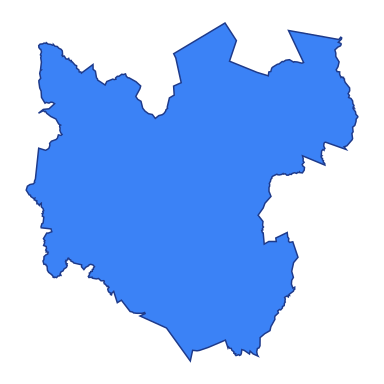 the district of Hidalgo del Parral, Chihuahua, Mexico
{"feature_id": "50627088B29513043306551", "entity_name": "Hidalgo del Parral", "entity_type": "district", "adm_level": 2, "iso_a3": "MEX", "parent_name": "Mexico", "parent_adm1": "Chihuahua", "projection": "robinson", "projection_center": [-105.698, 27.115], "detail": "fine", "context": "isolated", "style": "filled", "palette": "blue", "viewbox_px": 384, "rotation_deg": 0, "n_neighbors": 0, "source": "geoboundaries", "source_scale": "gbopen_adm2", "svg_char_len": 5770}
<svg xmlns="http://www.w3.org/2000/svg" viewBox="0 0 384 384"><path d="M340.8,37.2L338.8,39.5L288.5,30.5L303.6,62.5L301.9,63.2L297.3,62.0L294.2,61.7L293.7,62.2L289.5,59.7L285.8,60.2L283.4,61.7L282.2,61.5L279.1,63.9L277.3,64.3L272.6,67.2L271.7,68.2L270.8,71.5L268.8,72.0L268.3,75.8L257.1,72.4L229.5,61.2L236.4,40.6L225.0,23.0L173.7,53.7L175.8,58.0L181.2,82.7L173.6,86.1L174.2,95.1L169.4,97.9L167.2,107.2L167.6,108.2L165.9,109.9L165.6,111.2L163.9,113.5L162.2,114.7L158.8,115.6L155.3,118.4L152.3,114.5L148.5,113.7L145.0,111.1L142.7,108.2L141.0,101.3L137.7,99.3L135.8,96.4L139.9,88.8L140.7,86.0L136.0,81.7L129.2,77.9L128.0,77.8L126.4,76.4L125.5,73.9L123.1,74.6L121.9,74.2L118.9,76.3L117.3,76.3L115.6,77.9L115.9,79.2L114.2,79.6L112.8,79.1L106.8,81.5L105.1,85.0L97.7,80.1L97.4,78.8L96.5,77.8L95.4,71.2L93.1,69.3L93.0,64.5L81.4,73.1L80.8,71.9L79.3,72.0L78.8,69.8L76.6,68.3L76.6,65.7L75.1,65.1L72.2,61.8L71.2,61.7L71.3,60.5L69.4,60.4L68.7,58.4L67.5,59.2L65.9,58.8L64.3,56.1L62.6,56.4L62.8,55.6L62.0,55.1L62.6,54.4L62.3,50.9L61.2,49.4L58.8,48.2L57.3,46.5L54.9,46.2L53.4,44.5L53.4,45.1L52.7,45.2L50.8,44.4L48.1,44.1L46.3,42.7L46.0,43.4L44.0,43.1L42.6,43.9L40.1,44.1L38.7,45.6L38.9,47.6L40.0,49.1L40.8,49.4L41.5,52.0L40.4,54.9L41.2,55.9L40.7,57.7L41.4,62.1L40.5,69.9L41.3,70.0L40.2,71.1L39.7,73.5L40.7,78.3L38.9,80.5L38.9,82.1L39.7,87.9L41.1,91.1L41.5,97.4L45.0,103.2L46.2,102.4L49.0,103.1L50.9,102.1L52.7,102.4L54.6,103.7L49.0,108.8L43.3,109.4L38.5,113.2L43.3,110.7L44.6,111.7L45.5,111.4L46.7,113.3L50.8,116.5L55.9,119.0L58.7,124.0L60.6,125.1L59.8,125.6L59.6,126.7L60.1,128.0L59.9,130.4L60.7,132.7L62.1,134.5L61.0,135.4L58.4,134.9L57.4,138.2L56.1,139.5L51.4,141.2L49.6,143.4L49.9,145.1L49.1,147.9L47.7,149.2L45.6,150.3L38.7,148.2L35.4,179.0L34.4,181.3L34.7,182.4L33.2,183.9L30.0,184.5L27.4,186.2L26.2,190.1L29.2,194.9L30.5,195.2L30.8,196.5L33.7,198.5L34.8,198.2L34.2,199.8L36.8,200.9L36.4,201.6L37.0,202.3L36.9,203.7L37.8,203.7L39.3,205.3L39.5,204.5L40.4,204.6L40.5,203.7L41.3,203.2L41.3,206.8L43.0,208.5L43.7,210.7L42.8,211.3L43.3,213.0L42.1,213.6L42.7,214.8L42.3,216.1L43.8,217.1L43.2,222.3L42.8,223.3L41.9,223.7L41.0,226.8L41.2,227.8L51.0,228.9L51.8,231.7L48.3,233.1L46.7,233.1L43.4,238.7L44.9,240.7L44.2,241.3L44.7,242.7L43.6,245.5L46.2,246.5L46.5,248.4L45.7,250.1L46.6,250.8L46.1,251.9L48.1,252.2L47.7,254.1L46.2,254.6L44.0,256.6L43.9,259.6L43.0,261.0L43.9,264.3L45.8,264.4L46.2,265.6L47.1,266.2L47.4,270.2L48.6,272.3L51.6,274.6L53.1,276.4L53.1,277.2L54.2,277.6L54.7,277.1L56.6,277.6L57.9,276.1L59.6,275.8L59.8,275.1L60.9,275.3L60.2,273.6L61.0,271.9L63.0,270.9L64.0,269.0L66.4,267.4L66.9,266.3L67.2,265.3L66.6,264.9L67.1,263.8L66.0,263.7L66.1,262.6L65.5,261.8L66.1,261.2L65.9,260.5L66.8,260.6L68.2,258.1L69.0,258.4L69.2,259.6L70.6,259.8L71.1,261.3L72.6,261.7L73.8,263.0L81.6,264.8L81.5,266.8L83.9,269.6L85.7,267.3L88.5,265.8L89.2,264.8L90.7,264.3L92.9,264.9L94.5,266.7L93.4,268.0L93.3,269.3L92.3,269.5L92.3,271.3L90.7,271.5L90.4,272.8L89.4,273.0L89.4,275.0L88.3,276.4L88.9,277.5L92.1,277.2L92.2,278.0L93.0,278.3L96.4,278.9L98.5,278.5L101.0,280.8L103.8,280.7L104.3,281.3L103.9,282.6L104.4,283.9L105.1,284.0L107.2,286.6L107.9,286.1L109.0,287.3L107.7,289.1L108.3,291.2L109.2,292.4L110.4,292.9L110.5,294.5L111.5,294.9L111.9,293.1L113.7,291.4L117.3,302.7L121.4,300.2L130.1,311.5L132.7,312.1L133.5,312.9L136.9,313.3L142.1,313.3L144.6,312.5L145.1,313.6L140.0,316.0L166.5,328.0L190.3,361.0L192.6,350.3L197.1,350.8L199.5,350.4L208.3,347.4L225.4,340.1L228.0,348.0L228.5,346.9L229.9,348.4L231.3,348.4L231.9,350.3L233.8,351.7L233.9,353.3L235.6,353.7L235.1,354.6L236.0,355.6L238.8,354.6L239.5,355.4L240.7,354.9L241.3,353.6L241.8,349.6L244.1,350.3L249.5,354.0L250.1,351.1L253.1,353.9L258.0,356.1L257.3,354.9L256.7,351.7L257.4,348.5L259.0,347.9L260.0,345.8L260.1,337.6L264.7,333.7L270.0,330.6L270.9,326.6L274.9,319.4L274.7,317.2L275.1,316.0L278.4,312.9L277.7,311.0L279.5,309.5L280.7,309.9L282.4,308.0L282.5,306.5L284.2,305.6L284.4,303.2L285.3,302.0L284.9,301.3L285.3,299.0L284.6,297.4L286.6,296.1L288.3,296.9L288.3,295.4L289.5,295.5L289.1,294.4L293.4,291.2L293.8,289.8L294.7,289.3L294.7,287.2L292.9,288.1L291.4,284.1L291.7,280.3L293.4,277.4L291.7,271.3L293.6,262.6L298.0,257.3L292.8,241.8L289.6,242.4L288.5,241.2L288.8,238.5L287.7,236.9L287.2,232.5L275.8,238.0L276.3,241.5L268.8,241.5L264.2,244.1L263.2,232.9L262.5,232.7L261.7,230.4L262.8,229.9L262.4,228.5L263.5,227.0L262.7,226.0L262.6,224.8L263.0,221.5L258.1,215.2L263.2,208.0L264.9,203.3L271.0,196.4L269.0,191.4L269.0,187.2L269.5,186.6L269.7,184.7L269.3,183.5L270.6,181.0L270.7,179.4L271.8,178.4L271.8,177.2L272.9,176.1L276.9,174.2L277.8,174.8L279.5,174.9L281.8,174.4L283.1,173.5L283.5,174.1L285.3,173.8L286.8,175.2L288.6,175.1L289.6,174.3L291.5,174.4L291.8,173.7L294.3,172.7L296.7,173.4L297.5,172.5L299.2,172.5L299.5,172.0L299.8,172.6L302.4,172.9L304.2,170.2L304.5,167.4L302.7,165.8L302.2,164.4L304.1,162.3L303.1,161.0L303.2,158.6L302.5,155.8L324.9,165.1L324.7,163.5L323.2,162.0L323.5,160.8L322.4,159.8L322.5,158.4L321.5,157.9L321.1,156.6L322.0,155.8L321.3,155.5L321.6,151.0L322.9,149.5L324.0,150.2L324.0,149.4L324.9,148.5L323.7,146.1L324.0,143.3L324.6,142.5L325.6,142.2L346.2,149.5L344.1,146.8L346.9,145.8L352.1,139.8L352.6,138.6L351.9,133.5L353.1,131.8L352.6,127.2L354.8,125.4L356.0,121.6L356.2,119.0L357.7,117.3L357.8,116.4L355.9,114.3L355.5,111.8L353.1,108.5L353.2,107.3L354.0,107.7L353.5,106.9L354.0,105.5L352.9,103.8L352.6,100.9L351.0,98.5L348.6,97.5L349.4,95.4L348.1,93.7L349.7,90.8L349.6,87.9L345.2,82.4L344.3,80.0L344.5,79.1L343.7,78.4L343.5,77.4L342.6,77.6L341.9,76.9L341.0,77.5L339.6,74.2L339.7,71.9L337.1,71.6L336.2,69.8L338.0,66.7L339.1,61.9L335.8,56.5L335.8,53.1L334.9,49.9L337.9,47.1L340.4,45.9L341.1,44.7L341.0,43.5L338.3,42.3L341.4,39.2L341.7,37.9L340.8,37.2Z" fill="#3b82f6" stroke="#1e3a8a" stroke-width="1.5"/></svg>